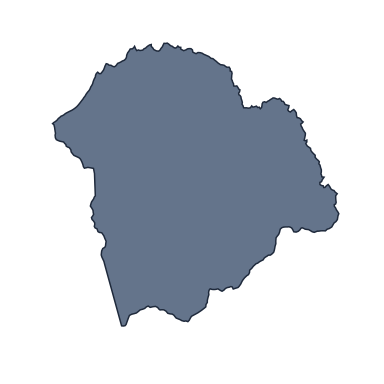 outline of Itaberaba, Bahia, Brazil, rotated 9°
{"feature_id": "56859067B40905854512446", "entity_name": "Itaberaba", "entity_type": "district", "adm_level": 2, "iso_a3": "BRA", "parent_name": "Brazil", "parent_adm1": "Bahia", "projection": "natural_earth1", "projection_center": [-40.241, -12.524], "detail": "fine", "context": "isolated", "style": "filled", "palette": "slate", "viewbox_px": 384, "rotation_deg": 9, "n_neighbors": 0, "source": "geoboundaries", "source_scale": "gbopen_adm2", "svg_char_len": 5586}
<svg xmlns="http://www.w3.org/2000/svg" viewBox="0 0 384 384"><g transform="rotate(9 192 192)"><path d="M143.4,335.2L145.2,335.1L146.8,334.5L147.6,333.2L148.3,329.4L148.9,326.3L149.5,323.7L151.5,322.2L154.1,321.1L156.0,320.2L157.5,318.6L159.3,316.5L161.6,315.5L163.5,314.4L165.0,312.5L166.6,311.5L168.7,312.5L171.4,311.4L173.9,310.7L176.1,311.4L177.6,312.8L178.9,313.5L180.7,313.0L182.6,312.8L184.9,313.7L187.1,315.6L189.3,315.8L191.7,315.7L193.5,316.6L194.6,317.7L196.1,319.0L198.3,319.5L200.5,320.0L201.8,320.6L204.4,320.9L206.1,320.3L208.2,320.7L209.3,319.2L210.1,316.8L210.9,314.9L212.4,313.7L214.5,312.1L216.7,310.4L218.3,308.9L220.1,307.2L222.6,304.5L223.6,303.3L223.4,300.9L224.4,298.7L224.1,296.7L224.3,293.6L224.7,290.8L224.1,288.6L224.2,286.4L225.1,284.8L227.2,285.1L229.5,284.8L230.9,284.4L232.8,283.6L235.5,284.8L237.2,285.3L238.9,283.9L239.8,282.5L240.8,281.5L242.0,280.8L243.7,280.2L245.2,279.3L246.6,279.5L247.9,281.4L249.8,280.4L252.4,279.1L253.3,277.8L254.5,275.4L255.4,272.4L256.1,270.8L257.3,268.6L259.2,266.1L260.7,264.8L261.4,262.6L261.2,260.2L262.9,258.1L264.2,255.7L265.4,254.2L266.5,252.8L268.0,252.0L269.6,250.3L271.3,249.0L272.9,247.9L273.6,246.1L274.8,244.7L276.0,243.8L277.2,242.5L279.4,242.0L281.0,240.3L282.1,238.7L282.4,236.8L282.5,234.4L282.5,232.8L282.9,230.0L282.4,227.2L282.2,224.0L283.2,222.1L284.2,220.4L284.7,218.3L285.0,214.8L286.3,213.2L287.8,212.4L289.7,211.9L291.6,211.6L293.2,211.2L294.6,211.4L296.0,211.9L297.3,213.3L298.8,215.4L301.1,215.3L303.1,214.2L304.5,212.5L305.2,210.9L306.3,210.1L308.1,210.5L309.5,211.0L311.0,211.0L313.1,210.9L314.9,211.6L317.0,212.5L319.1,212.7L320.5,211.9L321.8,211.1L323.5,210.8L325.3,210.2L327.4,209.8L329.9,209.5L331.3,207.6L333.2,206.7L335.5,204.7L336.6,201.8L337.2,200.3L338.8,198.7L339.9,196.5L339.9,192.6L340.4,190.5L339.2,188.9L337.4,187.0L336.1,185.0L334.9,184.0L334.5,182.2L335.7,181.4L336.0,179.7L335.4,177.7L334.9,175.6L334.5,173.2L335.7,171.0L333.4,169.7L332.0,168.3L330.4,168.1L328.8,167.3L327.0,164.9L325.3,163.3L323.8,164.8L322.6,166.7L321.4,167.0L320.7,165.4L318.9,165.3L317.2,164.6L316.8,162.5L318.3,161.6L318.8,159.4L320.1,156.7L317.8,156.7L317.3,155.1L316.5,153.9L316.6,152.0L316.3,149.9L315.2,147.8L314.2,145.4L312.9,144.3L313.0,142.2L311.8,141.1L310.1,140.1L308.2,138.5L307.9,136.4L306.0,135.1L304.3,133.8L302.9,132.4L302.2,130.3L300.6,129.5L298.7,128.6L296.8,126.4L297.6,124.6L297.3,122.8L296.0,123.7L294.7,123.4L294.9,120.4L295.0,118.0L294.8,116.2L293.3,114.6L291.6,112.7L290.6,111.0L289.5,109.8L288.7,107.9L289.9,106.8L290.8,105.4L289.1,104.4L287.6,102.7L285.9,102.1L284.2,102.1L283.2,100.0L282.6,97.5L281.3,96.0L279.6,94.6L277.9,96.1L276.6,97.6L274.9,97.1L273.7,95.9L274.3,93.6L274.3,91.5L272.2,91.3L270.1,90.9L269.0,89.2L267.8,88.2L266.4,88.3L265.3,86.8L263.9,85.9L262.4,86.9L261.0,86.8L259.0,86.3L257.3,86.4L256.2,87.5L255.0,88.4L253.8,89.7L252.6,90.5L251.2,92.0L249.7,91.5L248.1,92.2L247.5,93.9L247.6,95.7L247.5,97.7L246.4,99.1L245.2,97.7L243.7,98.3L242.2,97.1L240.1,98.2L238.8,98.6L237.5,97.6L236.5,99.7L234.5,100.4L232.7,100.3L231.2,100.6L229.8,100.7L228.9,98.8L227.7,97.5L227.7,95.6L226.8,93.6L226.0,92.2L225.4,90.3L224.4,89.2L223.1,88.6L222.6,87.0L223.3,85.7L223.4,83.6L222.2,83.1L221.1,81.7L219.7,80.2L218.1,80.7L216.6,80.7L216.0,78.4L215.0,77.2L214.3,75.6L213.3,74.3L213.2,72.5L213.0,70.7L213.0,68.5L212.2,66.7L210.8,66.5L210.5,64.5L209.2,62.9L206.9,63.3L205.5,62.7L203.9,61.8L202.0,61.7L200.3,61.8L198.4,60.9L197.0,60.2L195.8,59.3L194.3,58.5L191.8,57.0L189.9,57.0L187.4,55.5L185.4,55.0L183.6,54.5L181.9,54.1L180.6,53.4L178.4,53.1L176.1,53.3L174.4,54.7L172.6,54.3L170.9,53.7L170.2,51.6L168.6,50.6L166.7,50.8L165.0,51.4L163.9,52.5L161.7,53.7L159.9,53.1L158.4,52.5L158.3,50.9L156.6,51.0L155.2,50.0L154.1,51.8L152.9,52.5L151.2,52.1L149.9,51.2L148.5,51.0L147.2,50.4L146.0,49.6L144.3,48.8L142.6,49.4L141.1,49.5L140.6,51.0L140.0,53.2L138.9,55.0L138.2,56.8L137.0,58.1L134.8,58.2L132.0,57.3L130.5,55.6L129.0,54.6L128.7,52.7L127.1,53.4L125.6,54.7L124.6,55.8L123.6,57.2L122.3,57.9L121.1,59.6L118.5,60.4L116.8,60.1L115.3,61.0L113.9,59.4L112.5,57.1L111.8,58.6L110.7,59.9L108.6,60.4L107.8,62.5L106.7,64.6L106.1,67.1L106.2,68.9L105.8,70.6L104.6,72.4L102.6,73.6L101.5,74.6L100.1,75.6L98.4,76.6L97.7,78.1L96.8,79.6L95.6,80.5L94.0,80.3L92.2,79.5L90.2,79.7L88.8,78.8L87.2,78.7L86.4,81.2L86.0,83.4L85.5,85.5L84.4,87.6L83.4,89.3L81.9,89.6L80.1,88.4L79.0,89.9L78.5,91.7L78.5,93.6L77.8,95.5L77.2,98.0L76.9,100.7L76.3,102.5L75.6,104.0L75.1,106.2L74.5,107.8L73.2,109.8L72.1,112.0L71.4,114.0L70.3,115.9L69.7,117.4L69.0,118.6L67.6,121.2L66.2,123.7L64.9,125.7L63.5,127.3L61.9,128.9L60.5,130.1L58.9,131.2L57.5,132.2L56.0,133.3L54.6,134.4L53.5,135.7L52.2,136.8L50.8,137.6L49.8,138.9L48.5,140.3L47.3,142.4L45.8,144.0L44.5,145.1L43.6,146.3L45.0,147.0L46.1,149.5L46.9,152.1L47.4,153.7L48.0,155.4L47.9,157.3L48.6,159.9L49.8,161.5L51.3,162.0L53.6,162.5L57.4,162.7L58.7,164.0L59.9,164.7L60.6,166.4L62.0,167.0L63.9,167.4L65.7,169.2L66.4,171.3L67.8,172.7L69.6,174.3L73.2,175.3L74.9,175.8L76.3,176.6L77.4,177.9L78.7,179.8L79.9,181.9L80.8,184.0L82.0,185.3L85.3,184.0L88.0,184.0L91.0,184.1L92.8,189.0L97.1,210.9L96.3,212.3L95.9,214.2L95.1,215.9L94.4,217.4L94.1,218.9L93.8,221.8L95.7,223.8L97.1,225.6L97.6,227.6L98.3,229.4L97.7,231.1L96.7,233.0L97.6,234.8L99.2,236.0L100.7,237.6L101.0,239.3L100.9,241.3L101.9,242.6L104.0,243.3L105.3,245.8L106.7,246.4L109.2,246.4L110.3,247.5L111.8,249.1L113.0,251.2L114.1,252.9L114.9,254.2L114.9,256.3L115.0,258.9L114.5,260.3L112.7,261.8L112.0,264.3L112.1,266.7L112.2,268.4L113.2,270.4L115.9,274.4L117.0,277.0L143.4,335.2Z" fill="#64748b" stroke="#1e293b" stroke-width="1.5"/></g></svg>